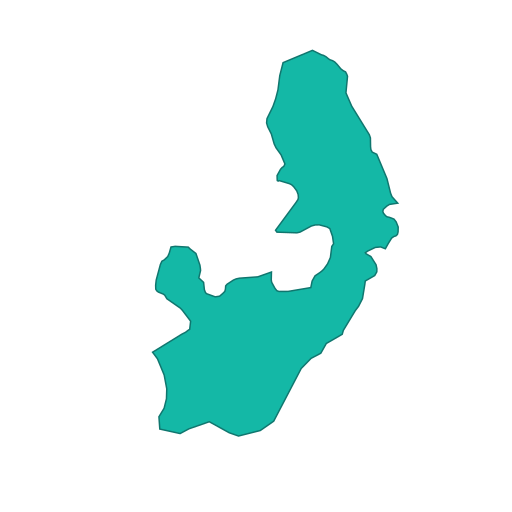 SVG path tracing the border of Risaralda, rotated 239°
{"feature_id": "COL-1401", "entity_name": "Risaralda", "entity_type": "Department", "adm_level": 1, "iso_a3": "COL", "parent_name": "Colombia", "parent_adm1": "", "projection": "orthographic", "projection_center": [-75.783, 5.124], "detail": "fine", "context": "isolated", "style": "filled", "palette": "teal", "viewbox_px": 512, "rotation_deg": 239, "n_neighbors": 0, "source": "natural_earth", "source_scale": "10m", "svg_char_len": 2375}
<svg xmlns="http://www.w3.org/2000/svg" viewBox="0 0 512 512"><g transform="rotate(239 256 256)"><path d="M226.8,117.8L227.2,152.1L226.9,156.3L227.3,159.8L227.3,161.4L233.8,166.4L247.5,164.9L250.3,164.3L265.2,157.6L269.5,157.6L271.1,156.9L275.4,153.7L277.2,153.0L279.2,153.0L282.6,154.9L286.8,158.1L297.9,169.6L300.0,172.6L299.9,175.2L301.0,180.1L303.2,183.2L307.5,187.8L305.9,191.7L298.5,202.5L295.8,203.2L289.1,205.8L277.0,203.2L273.7,201.8L272.1,201.0L266.7,195.7L260.4,197.5L253.7,194.4L251.1,193.9L249.3,194.1L242.0,200.0L240.3,204.1L241.0,208.2L241.7,211.0L243.3,212.7L246.0,214.6L246.7,216.7L247.0,224.2L246.6,227.2L245.5,230.4L237.2,246.8L234.3,261.0L227.7,256.8L225.4,255.9L218.6,255.6L215.5,256.0L213.8,257.4L209.1,265.3L200.7,286.7L205.6,291.2L208.6,296.4L208.9,302.4L209.3,305.2L209.9,307.6L212.4,313.3L216.4,319.0L225.2,325.9L226.5,328.8L233.4,331.7L241.5,333.4L244.4,331.8L250.1,326.3L252.1,322.8L253.2,318.9L253.8,306.1L254.8,303.0L265.7,286.2L268.0,286.0L281.1,317.5L282.8,321.1L284.2,322.4L287.0,323.8L290.8,324.5L296.0,324.0L298.8,323.2L300.8,321.9L308.5,314.9L308.8,314.3L308.8,313.6L309.7,313.1L311.1,313.8L314.1,315.5L317.7,321.7L318.4,324.0L318.5,326.0L320.0,328.2L329.8,329.6L338.4,328.9L342.7,329.3L352.7,332.0L360.7,332.6L364.6,333.6L368.1,336.2L375.4,347.5L380.6,353.8L387.1,360.4L398.4,369.3L407.8,378.8L403.2,410.3L394.9,415.6L393.2,417.2L390.8,418.6L387.7,419.7L386.2,420.4L383.9,422.3L381.8,423.4L378.6,424.2L372.7,425.1L369.9,426.2L367.7,427.6L365.0,427.4L362.9,427.0L349.5,417.1L335.2,415.2L301.6,415.6L298.3,414.9L290.7,410.5L288.1,409.3L285.2,409.1L281.0,411.9L254.9,408.1L240.5,403.7L236.8,403.1L228.3,404.7L231.5,396.9L231.4,393.8L230.5,389.3L229.0,387.7L227.1,387.3L223.8,387.8L222.1,388.5L220.7,390.0L218.8,391.6L216.5,393.3L213.0,393.7L207.6,392.8L203.5,390.2L201.7,388.4L201.2,386.6L201.4,385.4L201.7,384.3L201.5,381.5L198.8,376.2L195.6,370.6L199.6,367.5L201.9,362.7L202.7,354.3L202.5,351.4L201.2,351.5L196.3,354.2L186.7,354.4L182.9,353.1L180.2,351.4L178.1,347.7L178.3,336.8L175.3,334.4L164.6,325.3L160.0,317.9L158.1,313.1L147.3,292.6L144.5,289.6L144.8,271.2L139.3,261.5L139.9,250.5L136.3,236.8L105.3,186.1L104.2,169.8L110.7,148.3L118.3,142.0L138.0,130.6L142.4,109.6L142.9,99.5L157.2,84.4L168.2,90.0L172.8,98.8L179.7,105.7L188.1,111.1L201.3,116.0L218.6,118.6L226.8,117.8Z" fill="#14b8a6" stroke="#0f766e" stroke-width="1.5"/></g></svg>